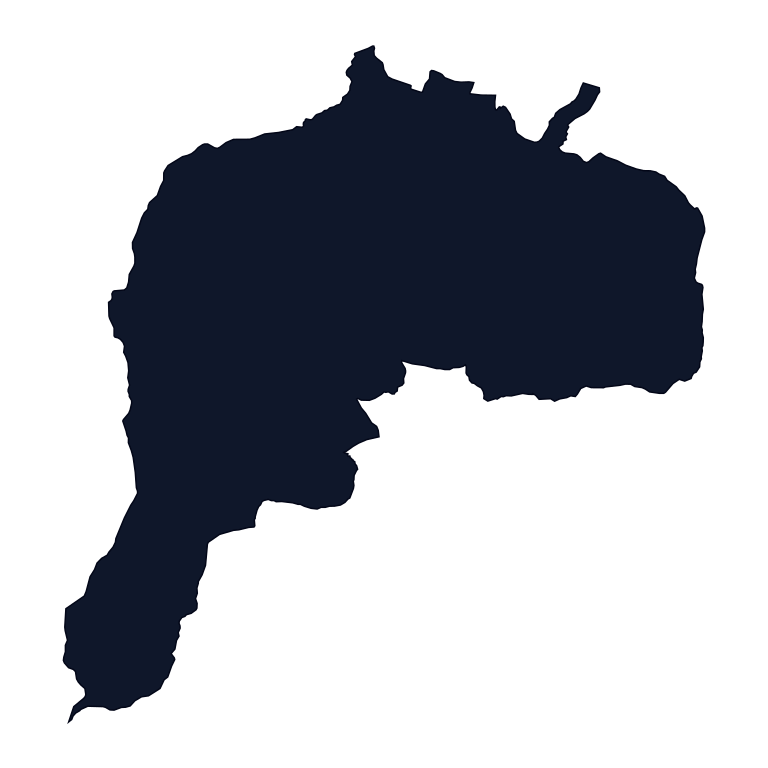 the district of Ciucea, Cluj, Romania
{"feature_id": "2599482B63586839383412", "entity_name": "Ciucea", "entity_type": "district", "adm_level": 2, "iso_a3": "ROU", "parent_name": "Romania", "parent_adm1": "Cluj", "projection": "equal_earth", "projection_center": [22.834, 46.944], "detail": "fine", "context": "isolated", "style": "filled", "palette": "ink", "viewbox_px": 768, "rotation_deg": 0, "n_neighbors": 0, "source": "geoboundaries", "source_scale": "gbopen_adm2", "svg_char_len": 6043}
<svg xmlns="http://www.w3.org/2000/svg" viewBox="0 0 768 768"><path d="M691.1,378.5L691.7,376.4L693.5,373.3L696.2,372.1L699.6,366.9L699.9,361.9L701.4,358.8L701.2,356.7L702.3,350.9L701.9,347.6L702.9,345.7L703.2,341.8L703.3,337.6L702.1,332.8L702.3,329.9L701.4,326.9L702.1,321.7L702.4,314.3L703.3,309.3L701.9,294.3L702.9,287.5L702.4,285.3L701.6,284.4L697.7,283.1L696.0,281.9L694.3,278.1L695.6,272.7L695.2,269.2L696.4,264.0L697.1,258.0L701.8,239.7L704.6,231.9L704.6,228.1L702.1,216.0L697.6,208.1L696.5,207.9L694.5,208.9L690.2,204.9L688.4,202.8L684.8,195.8L678.7,190.0L676.3,186.9L667.1,180.3L664.6,176.3L659.1,174.1L655.9,172.0L650.2,170.8L643.7,170.7L636.3,169.0L625.7,165.2L617.5,160.9L605.9,156.8L600.6,153.2L598.9,153.7L593.0,157.9L588.9,161.7L586.5,162.6L583.3,161.3L580.2,157.4L576.9,154.8L573.9,153.9L565.2,153.1L562.2,151.9L559.7,149.6L558.6,147.2L559.1,146.5L562.9,144.0L563.1,141.2L566.4,139.6L565.7,136.9L567.4,133.8L566.2,132.4L566.3,131.3L568.7,127.0L567.6,125.1L567.8,124.6L575.0,118.5L584.1,113.8L587.4,111.4L589.7,109.0L595.0,100.1L597.4,94.9L599.6,91.9L599.3,87.8L583.3,83.0L581.0,87.9L579.0,94.1L575.9,99.1L574.1,100.9L571.8,102.1L570.5,103.8L559.9,109.6L555.7,113.3L554.3,117.3L552.5,118.3L549.3,121.8L549.4,125.3L547.6,129.1L544.7,133.4L542.3,138.1L539.2,141.2L537.0,142.1L534.4,142.3L524.8,139.0L517.0,133.4L515.5,130.3L514.2,121.3L511.5,118.8L510.1,114.1L505.5,107.3L503.2,106.2L500.5,108.2L500.3,107.1L499.3,106.9L496.7,110.1L495.6,109.7L494.9,107.2L494.8,101.8L495.5,95.3L481.2,95.1L470.0,93.8L469.9,92.5L472.1,87.9L473.8,82.6L469.0,81.9L461.0,82.2L454.7,81.5L444.7,77.7L442.1,74.6L440.3,73.5L433.7,70.8L431.5,70.5L430.1,71.8L429.5,79.0L425.4,83.9L422.5,92.1L420.9,92.3L411.2,89.2L410.6,88.1L411.1,85.9L410.4,85.3L392.2,79.1L387.7,76.7L383.8,69.6L383.0,64.6L382.3,62.7L376.5,58.1L374.2,55.5L373.8,51.0L374.5,48.2L373.8,46.1L372.5,46.1L368.2,48.4L354.8,53.4L354.5,54.5L355.5,56.7L351.7,61.5L352.4,65.1L348.6,68.3L347.0,70.4L346.3,72.3L346.8,75.1L350.2,78.1L352.0,81.6L350.1,86.3L349.9,90.3L347.5,94.1L342.8,97.4L342.6,100.3L340.1,104.3L336.7,105.2L333.9,106.9L329.9,107.8L327.4,110.2L324.5,110.6L321.9,112.9L316.9,114.5L315.6,115.4L312.3,119.4L310.4,119.8L306.2,118.9L305.4,119.6L305.2,120.9L303.6,122.4L303.3,124.0L303.6,126.0L302.4,127.3L296.6,126.7L292.7,129.7L278.5,132.5L264.6,134.0L254.9,137.9L249.8,139.3L233.5,139.4L226.1,142.6L219.8,147.3L217.4,148.4L214.5,147.8L207.7,144.0L204.6,144.0L202.6,144.7L198.2,147.6L195.2,150.9L191.6,153.7L187.6,155.4L182.5,156.7L168.1,165.5L164.6,170.9L163.8,172.9L163.7,180.5L160.6,186.4L157.3,195.6L149.6,202.5L148.3,205.5L147.8,209.3L144.4,212.8L141.7,218.1L137.0,232.6L132.5,242.4L132.6,248.5L134.4,253.6L134.9,257.2L134.9,263.2L133.9,266.1L129.3,274.4L128.6,282.1L126.8,287.9L124.3,290.0L114.2,290.9L113.1,291.5L111.9,293.9L112.3,297.2L111.9,299.4L110.8,300.8L108.6,302.3L109.0,316.1L109.7,318.6L114.1,327.8L114.1,335.9L115.0,337.1L117.9,337.8L120.4,339.3L123.1,342.4L124.5,346.1L123.7,352.3L125.7,356.1L128.0,362.6L128.7,370.8L127.8,377.8L129.6,385.1L128.2,389.3L128.1,391.3L129.3,394.3L129.3,396.5L131.6,400.5L131.7,403.1L130.1,410.1L128.7,413.4L123.5,419.5L122.8,421.0L126.1,430.9L127.1,435.3L128.5,437.9L128.4,442.7L131.3,450.4L133.2,457.4L135.3,472.4L136.4,487.8L137.5,491.0L137.6,493.3L133.8,500.7L130.8,505.2L124.4,517.9L115.9,538.5L115.4,542.3L113.0,547.2L109.0,552.0L107.2,555.2L101.7,558.3L97.1,563.0L94.5,569.7L90.1,576.7L86.2,591.4L84.3,596.0L65.9,608.7L64.8,627.1L65.2,630.7L67.5,640.3L65.4,645.2L65.4,651.8L63.8,657.2L63.4,660.4L64.4,662.9L68.6,667.7L73.3,669.4L75.5,671.6L76.6,678.9L78.3,682.0L80.9,685.0L84.9,688.5L85.8,694.4L85.3,696.4L83.7,698.4L73.8,706.6L68.7,721.9L71.7,719.5L73.0,716.1L75.6,713.1L79.7,710.7L80.8,709.4L87.8,706.2L102.9,706.6L105.5,707.3L110.0,709.9L114.1,710.1L121.4,707.4L125.6,707.2L130.2,705.9L134.8,700.8L141.5,696.8L148.5,695.8L160.0,688.5L164.1,679.8L167.7,677.0L171.6,666.0L174.7,659.6L174.3,657.9L171.1,653.6L174.9,649.1L176.5,640.4L179.0,636.1L178.2,632.6L180.1,628.2L180.0,625.9L179.0,623.2L179.3,621.1L181.8,617.5L184.9,616.4L186.4,614.7L191.2,613.3L196.0,609.8L196.9,608.1L197.1,603.4L195.5,598.6L197.3,593.3L196.9,588.0L198.3,583.3L198.3,581.6L202.1,574.8L205.5,565.3L207.4,544.2L208.3,542.2L219.5,534.4L233.6,530.3L238.8,529.8L248.7,527.4L254.0,527.0L254.8,525.8L254.3,519.8L255.2,518.3L255.2,516.8L257.0,510.2L258.7,506.5L260.5,504.8L262.1,501.4L264.1,500.4L268.3,499.4L271.3,500.6L274.1,500.6L276.1,501.7L281.8,501.5L292.7,502.8L298.0,504.3L300.4,504.3L304.3,506.2L311.1,508.3L317.2,509.0L321.1,507.3L325.3,507.3L329.5,506.2L334.6,506.1L340.5,505.0L344.9,502.4L348.0,499.0L349.8,498.0L353.4,488.5L353.9,485.4L353.3,481.2L353.9,479.7L354.1,475.4L356.5,470.5L357.6,469.3L356.6,465.7L355.1,463.9L354.7,461.6L353.3,461.0L353.1,460.0L351.8,459.5L351.6,458.5L350.4,458.0L349.8,456.0L348.2,456.3L347.3,454.4L348.0,453.9L347.7,453.7L344.6,453.1L343.7,452.3L346.2,451.3L353.0,446.4L358.6,443.1L366.7,439.6L379.0,436.8L378.2,430.3L376.6,426.4L371.6,422.9L365.7,413.3L361.3,408.0L356.6,399.2L357.9,398.4L361.2,400.1L369.4,400.3L375.0,398.2L381.4,394.3L384.0,391.9L385.7,392.3L388.4,391.8L392.1,394.0L394.3,393.9L395.0,392.4L397.2,391.0L397.6,387.1L402.1,385.2L403.8,383.0L403.5,378.6L405.5,372.8L405.6,370.9L405.1,368.4L401.6,362.6L401.9,360.6L412.3,363.8L424.7,365.5L436.7,368.6L440.3,368.6L444.7,369.5L449.7,369.5L453.1,367.7L459.3,367.4L463.1,366.3L465.4,364.8L466.3,366.7L466.1,373.0L466.9,374.8L468.9,376.6L469.5,380.2L471.9,382.9L474.3,383.4L477.4,385.8L481.4,388.0L483.4,391.7L484.1,395.4L483.8,398.6L487.8,401.1L495.6,398.6L497.2,399.1L501.1,396.5L503.4,396.7L506.1,395.7L511.3,395.9L522.6,393.4L528.7,394.3L533.1,394.4L533.1,393.7L535.8,395.4L539.1,399.3L550.6,398.7L554.6,401.2L559.7,398.9L566.8,397.6L570.7,395.8L575.3,396.5L577.4,394.0L580.7,388.5L586.2,386.0L591.3,387.6L603.6,387.7L605.5,386.9L620.0,385.3L625.4,384.1L630.7,384.2L634.7,386.5L642.0,387.6L645.4,389.1L649.6,391.9L659.3,393.3L663.8,393.3L665.5,392.2L673.0,383.5L679.2,379.3L684.7,381.1L691.1,378.5Z" fill="#0f172a" stroke="#020617" stroke-width="1.5"/></svg>